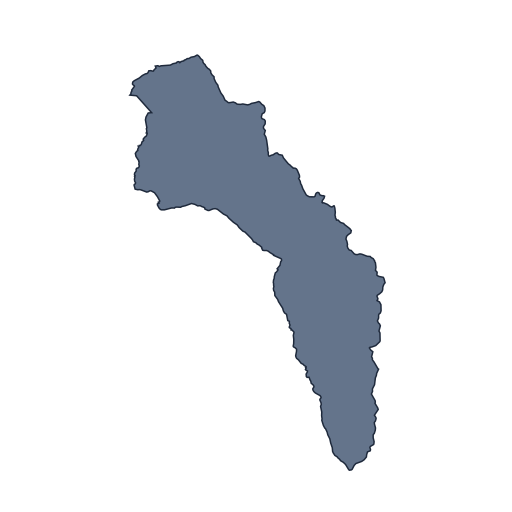 Uzumba Maramba Pfungwe, Mashonaland East, Zimbabwe (Natural Earth projection), rotated 111°
{"feature_id": "62879985B20819792882543", "entity_name": "Uzumba Maramba Pfungwe", "entity_type": "district", "adm_level": 2, "iso_a3": "ZWE", "parent_name": "Zimbabwe", "parent_adm1": "Mashonaland East", "projection": "natural_earth1", "projection_center": [32.048, -17.097], "detail": "fine", "context": "isolated", "style": "filled", "palette": "slate", "viewbox_px": 512, "rotation_deg": 111, "n_neighbors": 0, "source": "geoboundaries", "source_scale": "gbopen_adm2", "svg_char_len": 6111}
<svg xmlns="http://www.w3.org/2000/svg" viewBox="0 0 512 512"><g transform="rotate(111 256 256)"><path d="M218.1,143.4L216.5,145.6L216.1,148.1L215.5,149.2L216.4,152.1L216.4,157.9L216.8,159.8L218.4,161.9L218.9,163.5L218.8,165.1L216.7,169.2L217.0,171.0L215.8,173.0L214.9,173.7L214.0,174.4L212.4,174.7L209.6,176.5L208.0,178.1L205.2,178.5L203.1,177.6L200.4,175.8L198.0,176.2L197.5,177.5L196.9,178.0L194.9,184.7L194.2,185.8L194.4,189.1L193.0,192.4L193.6,193.4L193.6,193.8L192.4,194.7L192.0,195.5L190.9,195.9L189.6,196.9L186.8,197.6L183.1,199.5L181.2,200.9L181.3,201.4L182.8,202.5L183.2,203.2L183.0,205.0L182.2,207.8L182.1,211.9L182.6,212.9L182.4,213.5L180.5,213.9L177.6,213.2L175.6,213.4L175.5,214.5L176.0,216.0L176.1,217.7L175.9,218.4L174.4,220.0L174.5,221.2L175.5,222.2L176.8,222.5L179.1,222.3L180.0,223.0L181.6,227.4L181.3,230.0L180.9,231.1L176.4,236.4L173.5,238.9L172.5,240.2L170.4,241.5L168.3,244.0L166.7,243.6L165.1,244.4L161.1,248.2L160.2,249.5L160.0,251.1L160.7,252.7L160.1,253.5L160.0,254.5L158.9,256.8L158.4,258.8L154.6,265.5L152.5,267.6L153.1,271.3L152.2,272.8L152.2,273.4L153.2,274.8L155.4,276.3L156.5,277.9L157.9,279.1L158.0,280.0L156.7,281.0L155.1,281.5L153.0,283.1L151.8,283.3L144.2,287.5L141.4,289.4L139.4,291.9L135.5,292.3L134.2,294.6L133.4,295.1L132.2,295.4L129.4,294.8L126.7,295.7L125.7,297.0L125.6,299.6L125.2,300.2L124.0,300.9L121.0,301.2L119.2,299.7L117.4,299.6L114.7,300.6L112.8,302.6L112.3,305.0L110.9,307.6L110.8,308.8L113.0,311.5L115.2,315.0L116.5,316.0L117.9,317.9L118.8,322.8L120.0,324.8L120.9,327.6L120.9,328.7L120.4,329.9L120.4,332.4L122.2,335.4L122.7,336.7L122.6,337.5L122.1,338.7L121.6,340.8L118.5,343.9L116.4,347.2L111.7,351.9L110.2,352.8L108.3,355.8L105.4,358.7L103.7,359.4L102.6,362.0L101.1,363.9L99.5,364.6L98.4,366.6L98.1,368.3L96.8,370.8L95.6,372.1L94.9,373.9L93.9,375.1L92.9,375.5L92.3,376.1L91.5,378.5L90.2,380.3L89.5,382.2L89.5,383.0L91.9,385.0L93.7,387.9L95.6,389.3L96.4,391.0L97.8,391.9L98.8,393.1L99.6,393.3L101.3,395.6L102.8,396.4L102.2,397.6L102.5,398.4L103.7,399.5L104.4,399.6L106.2,402.4L108.5,404.4L112.5,412.9L113.7,414.2L113.5,415.8L114.8,418.1L116.3,416.7L118.8,417.9L120.0,418.0L120.4,418.6L120.7,420.8L121.6,422.5L123.5,422.5L124.8,423.2L125.6,424.5L128.2,426.8L131.6,428.7L136.0,432.5L137.8,433.4L139.7,433.0L140.3,432.0L140.7,430.6L141.2,430.3L145.6,431.5L146.4,431.0L147.9,431.3L149.5,430.9L151.0,431.4L149.2,424.9L159.6,404.8L161.1,407.9L165.7,408.5L168.6,408.0L175.5,403.8L176.4,404.0L178.7,402.6L180.5,402.6L180.5,402.1L180.2,401.8L180.7,401.4L183.3,401.4L185.0,402.5L187.3,403.2L188.5,402.3L190.3,403.3L192.7,403.1L193.8,403.4L194.6,403.9L194.6,404.6L195.7,404.7L195.8,405.2L196.5,404.5L198.8,404.7L199.9,404.1L201.0,404.9L203.5,405.4L206.1,403.7L209.0,399.7L209.8,399.3L210.0,398.9L212.8,398.1L213.7,397.2L214.6,397.1L216.1,397.7L216.6,398.6L217.2,398.9L218.0,399.0L219.7,398.3L222.0,399.0L223.5,398.7L224.5,397.6L225.1,398.0L226.2,397.2L227.7,397.1L229.6,396.1L230.9,394.6L231.9,394.6L232.9,395.3L233.6,395.2L236.9,392.8L236.5,390.0L235.8,388.8L235.5,387.2L235.5,381.0L234.7,379.7L233.1,378.4L232.8,377.1L233.3,373.4L236.0,369.2L239.1,365.6L239.8,365.5L240.8,366.5L241.5,365.5L242.7,366.7L243.7,366.3L245.9,363.8L246.8,362.0L246.8,360.8L245.7,358.0L241.4,352.0L240.4,349.2L239.5,348.9L238.8,347.7L237.5,343.8L236.4,343.0L234.4,340.0L230.1,335.0L229.7,331.5L230.1,328.4L229.0,326.1L229.3,324.4L229.2,322.5L229.4,321.2L230.5,320.5L230.7,317.2L230.4,316.2L227.5,313.1L226.4,311.1L226.2,308.8L228.5,301.4L228.9,297.5L230.4,294.9L232.6,289.2L233.7,284.6L235.5,282.0L237.5,277.2L237.6,274.9L241.1,267.0L242.1,265.2L243.6,263.5L243.6,261.0L244.4,259.3L244.7,256.9L245.8,253.8L246.5,253.6L248.2,251.9L248.0,250.4L247.1,248.1L247.1,246.4L247.8,244.1L248.5,240.2L248.7,239.6L249.1,239.7L249.5,231.9L249.8,231.1L251.1,230.5L252.6,230.9L256.1,230.3L260.4,231.7L260.8,230.6L261.3,230.5L263.7,231.2L264.8,231.9L268.9,231.5L270.3,231.0L272.2,231.0L274.7,230.3L275.4,229.7L277.0,229.1L278.0,228.4L280.2,228.1L281.9,227.1L282.9,225.7L286.2,224.2L288.8,220.2L290.6,218.6L295.2,212.4L297.4,210.8L298.9,209.0L299.5,206.6L304.9,203.2L305.0,201.6L305.3,201.3L306.8,200.9L308.3,199.5L310.5,199.5L311.0,199.0L311.2,197.4L312.5,196.7L312.2,196.0L313.2,193.6L313.9,193.1L316.8,192.7L320.2,190.9L324.4,189.4L326.8,189.0L327.4,188.4L327.7,186.4L328.5,184.7L330.6,184.0L335.0,183.2L336.2,182.3L337.0,181.4L337.7,179.2L340.0,175.4L340.2,173.2L341.0,171.6L341.3,169.6L341.9,169.3L342.5,169.7L343.0,169.0L344.2,169.2L344.6,168.6L344.9,166.7L345.9,166.5L348.3,166.9L350.5,165.8L351.0,164.8L350.2,163.0L352.4,161.1L353.2,160.0L355.0,158.9L355.9,156.4L356.7,155.4L357.5,155.0L359.6,155.4L360.6,154.9L361.8,153.5L362.6,151.6L363.4,146.0L364.6,144.6L365.2,144.5L366.3,144.9L367.4,144.9L369.7,142.7L371.1,141.9L373.3,141.8L378.1,138.7L381.6,137.5L384.3,136.0L385.8,135.7L390.1,132.3L392.0,130.1L392.3,129.2L394.9,126.5L397.2,124.9L400.2,121.6L403.9,119.2L407.6,116.1L410.9,114.5L412.0,113.5L413.9,110.9L414.4,108.3L415.4,106.6L415.7,105.3L416.8,103.7L417.3,100.6L418.5,97.7L422.3,92.8L422.5,92.0L421.5,90.3L420.7,89.8L416.3,89.3L414.0,88.4L409.9,83.7L407.4,82.0L404.1,80.9L401.8,81.5L398.9,81.7L396.9,79.5L395.5,79.8L394.0,81.1L392.8,81.0L389.9,78.7L389.3,78.6L387.0,79.2L383.8,81.4L381.6,82.3L380.7,82.5L379.1,82.0L375.9,82.2L373.7,82.8L370.4,85.2L369.0,85.9L367.3,85.4L364.8,85.6L363.8,86.2L362.2,88.4L355.5,86.9L354.3,87.8L350.8,92.2L349.7,92.2L348.3,93.0L343.5,98.8L340.6,98.7L338.4,99.7L333.7,99.2L326.9,100.9L324.5,100.8L322.3,101.3L317.7,101.0L317.5,101.8L312.6,107.9L311.5,109.7L310.8,110.4L309.7,110.7L308.7,112.0L303.5,112.6L302.7,115.1L301.2,117.2L300.4,116.9L299.4,115.2L296.7,112.1L291.8,109.8L290.8,109.7L283.4,112.7L282.0,114.3L276.6,114.9L275.2,116.3L274.7,117.6L273.1,119.4L270.0,119.3L267.1,120.4L266.3,120.4L264.6,119.5L262.3,119.6L256.7,121.9L254.6,124.3L254.3,127.0L252.3,126.8L250.1,128.7L249.2,128.7L247.0,127.1L244.3,125.7L242.3,125.6L239.5,126.5L236.6,126.5L234.7,125.9L231.3,128.4L230.3,129.5L231.0,133.9L230.8,135.7L230.5,136.3L227.7,137.1L226.6,139.3L223.5,140.0L219.5,142.1L218.6,143.3L218.1,143.4Z" fill="#64748b" stroke="#1e293b" stroke-width="1.5"/></g></svg>